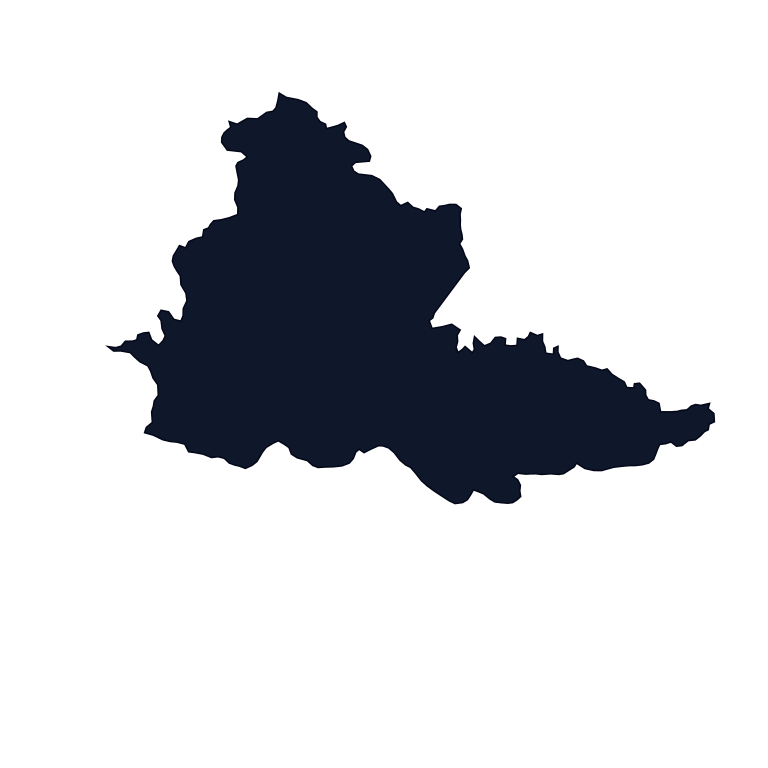 the district of Itaporanga, São Paulo, Brazil, rotated 128°
{"feature_id": "56859067B77352846322410", "entity_name": "Itaporanga", "entity_type": "district", "adm_level": 2, "iso_a3": "BRA", "parent_name": "Brazil", "parent_adm1": "São Paulo", "projection": "equal_earth", "projection_center": [-49.469, -23.65], "detail": "fine", "context": "isolated", "style": "filled", "palette": "ink", "viewbox_px": 768, "rotation_deg": 128, "n_neighbors": 0, "source": "geoboundaries", "source_scale": "gbopen_adm2", "svg_char_len": 3951}
<svg xmlns="http://www.w3.org/2000/svg" viewBox="0 0 768 768"><g transform="rotate(128 384 384)"><path d="M198.2,431.1L198.2,437.8L201.9,442.7L206.2,446.2L209.9,449.8L215.9,450.0L219.5,458.1L223.5,458.0L224.8,464.7L226.9,470.0L226.3,477.1L233.1,480.6L232.8,486.3L228.8,494.5L227.6,500.0L225.5,513.1L227.3,521.9L234.4,533.5L234.8,538.9L232.2,543.8L226.9,542.9L217.4,532.7L212.7,534.7L209.3,541.3L209.3,548.0L214.1,561.5L213.6,566.9L210.2,571.1L204.5,572.0L202.3,576.3L208.7,579.5L213.2,582.8L218.2,586.6L215.2,590.0L216.6,595.9L215.1,601.1L210.8,604.4L211.0,610.5L210.2,618.5L212.8,626.7L218.3,637.5L219.3,645.7L226.3,642.0L232.9,639.2L237.6,639.5L242.2,643.7L252.9,646.9L258.8,655.2L269.7,659.7L272.5,667.7L276.1,662.8L280.7,664.0L284.7,664.6L289.3,663.7L293.5,660.8L296.2,651.5L288.8,639.5L289.2,631.6L294.1,632.7L299.4,635.5L303.3,634.9L308.6,628.9L312.6,624.2L317.7,621.1L325.1,619.1L330.7,615.1L334.7,607.9L340.5,603.6L348.5,608.5L354.9,613.5L360.2,618.7L365.1,619.0L369.1,618.4L373.4,621.0L379.8,617.5L384.7,621.6L391.9,625.5L398.9,624.2L400.8,630.4L406.7,629.6L412.7,628.9L417.5,626.4L420.4,621.8L422.5,616.5L424.2,611.1L430.8,605.1L434.4,596.0L439.7,590.6L448.2,588.6L454.0,584.3L459.5,582.8L462.4,589.4L459.7,598.2L463.1,605.1L469.6,604.2L471.2,598.8L477.1,592.9L480.7,586.0L485.9,584.8L492.3,585.4L492.3,594.2L488.1,601.1L492.0,605.1L496.9,608.2L501.4,606.0L505.0,608.5L509.6,614.2L516.0,614.4L520.6,617.9L524.5,624.7L524.5,617.3L520.1,611.9L515.5,603.3L516.3,597.3L516.8,590.0L515.1,581.3L517.5,575.8L521.5,569.7L523.9,561.8L531.9,554.9L538.7,554.7L543.6,552.0L549.0,550.0L556.9,542.9L564.5,544.6L569.8,542.7L566.4,534.4L564.1,523.9L560.9,517.0L557.3,511.4L554.1,504.0L557.7,496.2L554.5,490.8L550.7,483.4L548.1,474.6L543.5,470.0L540.9,464.1L541.6,457.3L539.8,451.8L537.8,447.5L535.9,441.3L529.2,437.8L523.4,436.4L519.1,436.9L512.7,437.8L506.5,437.8L498.4,434.7L493.8,432.2L492.9,425.3L492.6,419.8L496.3,413.8L495.6,406.9L491.6,397.4L492.1,390.0L490.4,384.5L486.3,380.0L480.4,372.9L474.4,366.7L467.6,362.6L461.7,362.3L454.9,364.3L450.8,363.4L450.4,357.4L443.6,354.3L436.1,350.4L433.4,346.7L431.5,340.9L431.8,333.8L434.2,324.5L434.5,317.0L433.4,311.6L434.7,305.0L437.2,294.8L437.7,287.0L437.4,278.0L436.6,268.6L435.9,260.6L434.5,254.4L429.0,249.0L423.8,247.0L418.1,247.5L412.3,248.3L410.5,242.6L409.2,237.7L409.4,229.8L408.7,224.1L405.3,218.4L401.7,213.0L398.3,209.6L393.6,207.9L388.5,207.0L384.7,211.1L379.8,214.2L377.2,219.6L377.4,225.2L371.9,223.5L367.9,217.0L364.7,213.3L361.3,209.1L358.3,204.2L352.1,197.3L347.5,190.4L344.1,187.3L338.7,185.4L332.3,183.1L327.9,183.6L326.9,173.6L323.0,165.4L318.2,159.1L313.6,155.8L308.1,151.7L301.6,145.1L296.7,139.8L293.6,135.8L288.6,130.7L283.3,126.7L277.3,125.2L271.3,126.9L266.3,128.5L261.8,129.5L257.9,125.5L253.0,122.1L253.0,115.2L249.0,111.2L241.3,109.4L236.4,104.3L229.8,102.7L224.1,102.1L220.4,100.3L215.6,103.0L210.3,100.4L204.1,105.9L203.9,113.4L198.8,115.5L205.8,121.2L208.3,125.8L212.1,128.3L217.9,129.4L221.6,133.4L225.1,136.1L229.8,141.4L235.6,148.9L229.9,155.4L231.1,160.9L233.7,166.0L231.7,170.8L227.7,174.2L226.0,183.1L229.6,186.8L233.3,184.8L237.3,190.5L234.4,195.9L235.4,203.5L236.0,210.4L234.7,217.5L239.0,220.7L241.3,227.5L245.0,235.5L243.0,241.0L244.5,247.2L247.9,250.1L252.4,253.5L254.8,260.9L251.8,266.6L247.1,270.1L251.3,272.3L256.3,268.8L260.1,275.5L255.8,280.0L252.8,285.4L246.9,289.9L251.4,293.0L253.3,300.5L257.7,299.4L262.6,300.5L265.8,307.0L271.8,303.0L276.0,307.7L278.8,312.5L273.4,316.1L275.0,320.8L278.8,325.0L286.2,325.0L292.1,328.4L291.6,335.8L290.9,341.9L296.9,338.7L301.1,334.1L305.0,333.6L304.5,343.2L308.4,343.5L313.6,345.0L310.7,349.8L305.2,352.1L300.5,356.3L294.5,357.2L295.2,367.4L302.8,373.2L310.6,380.3L306.2,387.4L302.0,386.2L297.0,388.0L246.9,389.1L240.0,388.3L235.4,394.0L233.2,399.1L229.4,405.1L226.9,410.8L221.6,411.3L218.3,414.5L215.2,418.5L212.0,421.6L207.3,425.1L203.5,428.5L198.2,431.1Z" fill="#0f172a" stroke="#020617" stroke-width="1.5"/></g></svg>